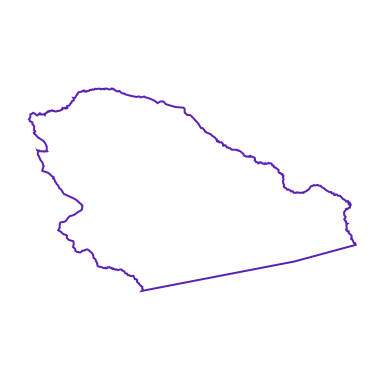 the district of Cumbal, Nariño, Colombia, rotated 182°
{"feature_id": "7082276B54446489784787", "entity_name": "Cumbal", "entity_type": "district", "adm_level": 2, "iso_a3": "COL", "parent_name": "Colombia", "parent_adm1": "Nariño", "projection": "mercator", "projection_center": [-77.91, 0.94], "detail": "fine", "context": "isolated", "style": "outline", "palette": "violet", "viewbox_px": 384, "rotation_deg": 182, "n_neighbors": 0, "source": "geoboundaries", "source_scale": "gbopen_adm2", "svg_char_len": 6057}
<svg xmlns="http://www.w3.org/2000/svg" viewBox="0 0 384 384"><g transform="rotate(182 192 192)"><path d="M342.3,207.8L336.8,206.3L334.6,204.8L333.3,203.4L330.7,201.9L331.3,200.6L330.2,200.1L329.6,199.0L329.2,197.6L328.2,196.6L327.6,195.3L325.9,193.7L324.9,191.4L322.9,189.9L320.0,185.6L310.3,181.6L307.3,180.0L301.1,174.8L301.3,171.1L302.1,169.9L305.0,168.1L309.1,165.0L313.4,163.5L314.9,161.9L316.7,159.1L318.0,158.0L319.0,157.6L321.9,157.2L322.7,156.5L323.0,156.1L323.0,152.6L323.3,151.0L324.3,149.1L320.8,147.1L320.1,146.2L318.8,145.3L315.7,144.4L315.4,143.8L315.6,141.7L313.4,139.8L309.0,138.7L308.7,138.2L308.4,136.0L308.9,132.7L307.1,131.4L306.2,128.8L305.1,128.1L303.5,128.1L302.7,127.7L301.4,127.8L300.2,128.5L299.9,129.2L299.6,129.5L298.0,129.6L297.4,129.8L297.2,130.2L294.9,131.0L294.1,130.8L292.8,130.0L291.9,129.0L290.2,127.9L288.8,126.1L288.0,122.7L286.1,121.4L285.8,119.9L285.4,119.6L285.2,118.9L284.9,118.8L284.4,117.3L284.0,116.9L284.1,116.4L283.8,114.9L283.2,114.3L280.3,113.9L277.2,112.8L276.3,113.3L275.1,112.6L274.5,112.8L273.6,113.5L273.6,113.8L272.9,113.7L271.9,114.1L270.9,113.3L270.4,113.5L269.7,113.3L269.2,112.7L268.7,112.8L268.6,112.3L267.7,112.6L267.3,112.2L265.5,111.8L264.9,112.1L263.3,111.4L261.0,112.1L259.9,112.1L259.3,111.7L259.0,111.1L257.3,110.5L256.3,109.5L255.9,108.5L254.0,108.1L253.7,107.2L253.1,106.7L251.9,106.7L251.0,106.0L249.5,105.9L247.7,106.1L246.0,102.9L245.1,103.0L243.8,102.4L243.7,101.5L243.9,100.6L243.6,99.9L241.9,98.9L240.6,97.0L238.3,95.4L238.5,94.2L237.9,93.3L237.8,92.7L238.0,92.2L238.7,91.4L87.4,126.1L26.5,144.9L27.3,146.7L28.0,146.6L28.5,146.8L30.3,150.5L30.7,150.3L31.3,150.5L31.4,151.3L30.8,152.5L31.2,154.3L34.0,156.5L34.0,158.2L35.5,158.3L35.8,159.2L36.3,159.2L36.7,159.7L36.1,161.4L36.6,164.3L36.5,165.0L35.5,165.8L36.5,166.0L37.3,167.4L37.0,167.9L37.3,168.4L38.3,169.0L38.9,170.3L38.6,170.9L37.8,171.6L37.6,172.4L37.8,172.8L38.9,173.8L39.4,177.0L37.8,179.1L37.7,180.3L37.2,180.6L36.1,180.3L34.9,181.6L33.6,181.9L33.5,183.3L33.0,184.2L33.0,184.9L34.3,184.7L35.1,185.5L35.0,186.0L33.8,186.5L33.9,186.9L35.5,187.0L35.7,188.2L36.0,188.5L36.4,188.1L37.6,187.8L39.1,189.6L40.7,190.1L43.8,193.4L46.2,193.5L46.9,194.4L47.4,194.6L48.3,194.5L48.9,193.9L49.7,193.9L50.3,195.5L52.5,195.6L53.0,196.8L54.9,196.8L58.2,198.6L60.9,200.7L62.3,201.3L62.9,201.8L63.6,202.7L65.7,202.8L66.7,203.5L69.0,202.8L70.4,203.2L71.1,202.9L71.7,202.2L73.4,201.9L75.3,198.6L76.3,198.3L77.9,196.6L79.9,196.0L80.2,195.3L80.8,194.9L81.8,195.4L83.1,194.9L84.0,195.1L85.1,194.9L86.6,195.4L87.4,195.2L88.1,194.6L89.1,195.0L90.3,194.8L90.7,195.1L91.4,196.3L93.1,196.1L93.4,196.9L94.5,197.1L95.6,197.9L97.0,197.6L98.3,199.2L100.0,199.9L100.5,200.9L100.1,202.3L101.2,203.9L101.2,205.2L101.6,205.8L100.9,208.1L101.6,209.9L101.1,211.2L102.1,211.8L101.9,212.7L102.4,213.1L103.5,213.1L104.2,214.0L105.2,214.0L106.1,214.7L106.3,217.2L108.2,218.3L109.0,219.2L110.2,219.3L110.9,219.6L111.3,221.1L111.7,221.4L112.4,221.2L112.7,221.4L113.5,223.1L114.4,223.4L115.6,223.2L116.4,223.8L117.0,223.2L118.2,223.1L118.9,222.7L119.9,223.3L120.3,222.7L120.8,222.5L121.6,222.9L122.7,222.9L123.4,223.7L124.7,224.2L125.2,223.6L126.6,223.0L126.7,223.7L127.5,223.6L128.4,224.2L129.3,224.3L129.7,225.1L130.5,225.8L130.5,226.3L130.1,226.9L130.5,228.2L130.8,228.5L133.3,229.4L134.4,229.3L134.6,230.0L135.0,230.2L135.8,229.7L136.3,229.1L137.1,229.6L139.1,229.2L139.4,229.6L141.2,230.2L141.6,230.7L141.9,231.9L143.3,232.8L144.2,233.7L145.0,234.3L146.9,234.9L147.1,235.3L148.4,235.2L148.7,235.7L153.9,235.7L155.4,237.1L156.1,236.9L157.5,237.5L157.8,237.9L158.6,237.8L159.6,239.0L159.9,239.7L160.6,240.0L162.4,239.3L162.6,239.5L162.5,240.2L162.8,240.6L162.9,241.3L163.3,242.0L164.0,242.2L164.5,242.7L166.4,242.6L166.7,243.4L167.4,243.8L167.6,243.7L167.7,243.2L168.8,243.5L169.0,245.4L169.6,245.4L170.7,247.0L174.3,249.3L175.4,250.5L176.2,250.6L177.3,251.2L179.6,251.9L180.4,252.7L181.1,252.8L181.4,253.7L183.0,255.7L184.2,256.3L185.0,256.1L186.6,258.1L187.4,259.8L188.1,260.3L188.8,261.4L194.9,267.5L196.6,268.8L199.6,268.9L202.0,271.0L202.4,275.2L203.7,276.0L211.2,276.3L219.0,278.2L221.3,279.0L223.8,281.5L226.8,281.4L229.6,279.6L231.9,281.5L235.1,283.0L239.1,284.4L241.9,285.0L243.0,285.7L246.4,284.8L248.1,285.6L249.1,285.6L250.6,285.0L257.1,286.1L262.2,287.3L263.2,288.1L264.3,287.9L266.8,289.2L267.9,290.4L268.5,290.5L269.7,289.8L270.0,289.8L271.6,290.5L271.9,290.8L272.5,290.9L273.1,291.6L273.8,291.7L274.1,292.3L274.6,292.2L274.9,292.5L275.4,292.4L276.1,292.6L276.7,291.9L277.8,291.6L279.3,291.8L280.9,292.4L282.4,292.3L282.8,291.7L283.3,292.0L283.9,291.7L284.4,292.0L286.7,291.4L286.9,291.5L286.8,291.9L289.5,292.0L290.7,291.5L292.4,291.8L293.1,291.1L294.7,290.8L295.2,291.1L296.2,290.5L297.8,290.4L298.5,289.5L299.9,289.3L301.0,288.6L301.6,289.2L302.3,288.7L303.4,288.9L303.6,289.0L303.6,289.6L304.1,289.6L304.6,288.8L305.6,288.8L306.6,288.2L308.8,287.7L309.8,286.4L309.8,285.9L310.3,285.5L312.3,282.0L312.6,281.8L313.9,281.9L313.3,281.0L313.4,279.3L315.0,278.8L315.4,278.0L315.5,277.1L316.6,276.3L316.8,275.4L318.0,274.0L319.7,273.6L319.8,272.5L320.2,272.3L320.4,272.0L319.6,271.6L319.9,271.2L321.2,271.0L321.9,271.7L322.7,271.1L323.3,271.0L324.2,271.6L324.7,271.1L324.8,269.8L327.1,268.6L329.4,268.2L330.2,267.8L331.6,267.7L332.7,268.3L333.6,268.1L334.8,268.8L335.6,268.2L337.0,268.1L337.7,267.2L338.5,267.7L339.1,267.0L339.6,266.9L339.9,266.1L341.3,265.5L341.7,263.7L342.8,264.6L344.1,264.2L345.6,264.3L346.3,265.2L346.9,265.4L347.1,265.2L347.2,264.3L348.2,264.3L348.9,263.7L349.1,263.2L349.4,263.2L350.7,263.7L351.8,264.9L353.5,265.6L354.2,264.9L356.2,263.9L356.2,261.1L357.5,258.9L356.8,258.3L356.5,257.1L353.9,256.0L353.9,254.3L352.0,252.2L352.0,248.2L351.2,247.5L350.8,246.8L352.2,245.6L352.0,245.0L349.3,242.8L348.2,241.4L342.3,237.9L340.7,236.1L338.8,232.5L338.6,228.1L338.1,227.6L338.3,227.5L341.1,227.6L341.2,227.2L344.1,227.5L345.3,227.4L346.0,228.0L346.9,228.0L348.0,228.3L347.2,227.0L347.5,224.2L346.2,222.3L344.7,219.0L342.2,215.6L341.6,213.3L341.1,212.7L342.4,208.8L342.3,207.8Z" fill="none" stroke="#5b21b6" stroke-width="2"/></g></svg>